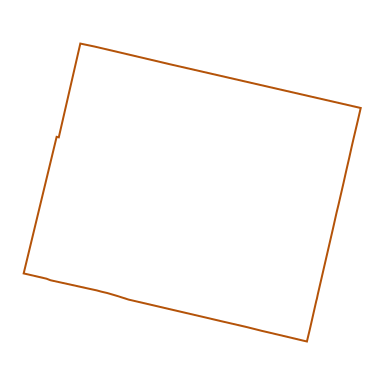 Baca, Colorado, United States of America (Equal Earth projection), rotated 13°
{"feature_id": "52423323B14661971146918", "entity_name": "Baca", "entity_type": "district", "adm_level": 2, "iso_a3": "USA", "parent_name": "United States of America", "parent_adm1": "Colorado", "projection": "equal_earth", "projection_center": [-102.362, 37.319], "detail": "fine", "context": "isolated", "style": "outline", "palette": "amber", "viewbox_px": 384, "rotation_deg": 13, "n_neighbors": 0, "source": "geoboundaries", "source_scale": "gbopen_adm2", "svg_char_len": 726}
<svg xmlns="http://www.w3.org/2000/svg" viewBox="0 0 384 384"><g transform="rotate(13 192 192)"><path d="M141.1,72.5L64.3,72.2L49.8,72.5L49.9,168.7L47.7,168.7L46.3,309.2L69.7,309.2L73.9,309.8L74.3,309.8L76.0,309.8L114.4,309.4L121.3,309.3L126.2,309.5L132.1,309.5L137.3,309.8L142.3,310.1L154.5,311.1L250.2,311.3L276.6,311.3L291.3,311.6L298.0,311.6L334.2,311.8L337.6,311.8L337.7,300.1L337.7,297.9L337.7,297.4L337.7,296.6L337.7,296.3L337.6,270.0L337.7,268.0L337.6,263.2L337.6,257.0L337.6,214.1L337.6,199.6L337.6,195.3L337.5,179.4L337.6,171.1L337.6,165.9L337.6,158.3L337.6,149.2L337.5,136.4L337.5,123.0L337.4,112.2L337.4,110.1L337.4,103.9L337.5,85.6L337.5,72.2L141.1,72.5Z" fill="none" stroke="#b45309" stroke-width="2"/></g></svg>